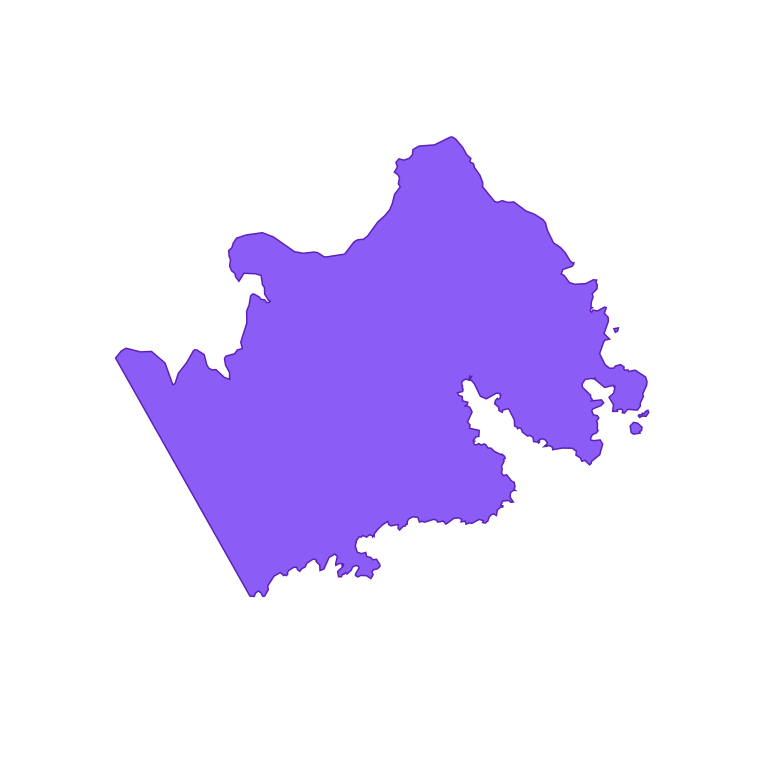 the district of Rorya, Mara, United Republic of Tanzania, rotated 208°
{"feature_id": "72390352B17164070988815", "entity_name": "Rorya", "entity_type": "district", "adm_level": 2, "iso_a3": "TZA", "parent_name": "United Republic of Tanzania", "parent_adm1": "Mara", "projection": "robinson", "projection_center": [33.963, -1.299], "detail": "fine", "context": "isolated", "style": "filled", "palette": "violet", "viewbox_px": 768, "rotation_deg": 208, "n_neighbors": 0, "source": "geoboundaries", "source_scale": "gbopen_adm2", "svg_char_len": 6162}
<svg xmlns="http://www.w3.org/2000/svg" viewBox="0 0 768 768"><g transform="rotate(208 384 384)"><path d="M462.2,565.7L463.7,556.5L461.3,546.8L460.8,540.5L462.1,533.7L465.6,523.8L468.0,506.6L470.1,502.1L475.0,498.9L477.2,495.4L479.7,480.2L494.7,469.0L496.9,468.2L504.3,468.8L507.7,467.7L516.6,461.5L525.2,458.8L550.4,461.9L562.4,460.5L575.6,450.9L582.6,443.7L583.3,437.9L582.3,433.0L583.8,428.9L580.4,423.7L578.0,421.9L575.5,415.4L571.7,412.4L567.4,411.6L565.7,409.2L560.3,406.6L559.7,416.0L549.0,421.1L543.4,422.1L537.9,414.6L534.9,413.1L531.5,407.3L525.4,403.7L523.2,403.8L523.7,402.1L526.0,400.9L528.5,402.3L532.7,401.0L534.8,402.2L540.6,402.4L542.2,401.9L543.1,399.0L540.2,390.5L539.5,383.9L533.8,373.6L530.1,353.6L525.6,348.8L529.4,345.4L530.1,340.6L536.6,334.4L536.8,331.6L532.7,326.2L525.8,321.6L522.5,315.7L527.9,314.8L539.2,317.8L542.5,315.7L546.2,315.7L549.7,317.9L556.5,325.5L565.0,326.2L567.3,325.3L567.9,323.7L568.2,310.5L570.6,296.9L568.7,286.2L570.1,284.2L587.2,299.7L604.6,303.6L614.1,298.0L628.5,294.5L631.5,289.7L633.2,280.9L402.8,133.8L398.8,135.6L399.3,138.9L397.8,142.2L394.8,141.9L391.3,139.6L389.8,140.8L389.6,148.2L391.9,151.1L390.9,162.7L387.1,168.8L382.6,167.8L382.3,168.8L380.3,168.9L379.7,170.6L380.7,172.3L380.6,174.5L377.7,179.7L375.0,181.2L373.3,179.5L370.4,179.1L369.8,182.6L367.7,185.3L368.1,189.3L365.1,194.9L363.4,196.8L360.7,196.5L360.6,195.4L355.7,193.9L352.9,189.2L350.2,192.4L351.1,205.1L347.6,210.7L344.2,209.9L342.3,202.4L341.3,201.2L339.6,204.2L336.8,205.8L335.2,203.1L334.7,204.1L336.1,205.8L335.1,205.9L334.5,203.7L336.9,196.6L333.5,192.5L331.1,193.9L331.3,196.5L330.1,197.1L329.4,199.4L327.5,198.8L325.6,203.9L325.7,207.9L323.7,210.5L321.5,211.1L319.6,210.0L320.0,203.0L319.2,201.5L316.3,201.5L314.8,204.0L309.5,206.5L304.2,206.1L304.1,210.5L306.1,212.1L306.3,214.9L302.9,217.8L302.0,221.2L303.1,222.7L308.4,225.7L311.5,223.5L314.3,224.6L318.4,223.5L321.0,226.7L324.5,223.5L328.8,223.0L333.3,227.5L334.8,233.3L334.2,237.4L332.2,238.2L331.6,240.3L327.4,240.6L326.0,244.2L322.6,244.6L322.3,243.9L322.0,245.0L321.1,244.8L322.2,247.3L321.3,252.6L319.1,259.3L316.1,264.3L313.6,262.1L311.4,262.0L305.5,266.6L303.7,263.1L301.7,262.4L300.4,267.0L298.5,268.6L298.5,270.6L297.7,271.2L298.9,273.4L298.9,276.4L296.3,280.2L291.5,282.2L287.9,278.7L285.9,280.7L283.4,281.0L276.5,287.9L273.6,288.4L272.0,287.2L267.1,290.8L263.5,289.3L259.4,297.9L255.3,300.9L252.0,300.9L251.2,298.4L248.1,301.0L245.8,298.7L243.6,301.3L240.8,302.4L236.5,309.0L232.1,310.1L232.0,307.9L229.2,308.8L228.0,312.0L228.7,315.5L228.0,318.8L226.2,320.8L223.0,320.7L224.8,325.8L223.4,329.6L221.4,331.2L221.7,332.2L224.0,331.8L224.2,336.4L219.0,339.8L216.5,339.1L214.4,340.5L218.9,342.9L220.4,344.9L221.2,347.9L219.6,351.1L218.1,351.7L219.6,352.1L220.2,355.0L222.8,358.2L225.9,358.3L233.2,361.4L235.6,359.1L238.5,360.7L239.7,364.4L241.5,366.3L241.8,372.5L243.1,373.5L242.1,375.2L243.6,376.7L246.9,377.5L247.2,376.6L254.7,376.3L259.4,377.6L262.3,376.3L265.8,378.3L267.6,378.1L269.6,375.6L272.3,376.0L274.1,373.2L276.3,373.2L277.4,374.4L277.1,376.0L278.2,375.5L278.7,376.3L277.8,380.7L275.6,382.3L278.2,387.7L287.7,385.1L288.8,388.2L292.4,389.6L293.1,400.7L297.3,403.7L300.7,403.7L301.3,402.9L302.7,402.1L300.7,404.2L301.4,407.2L306.6,406.0L309.1,409.7L312.6,409.0L315.0,410.8L311.0,414.3L311.9,416.8L313.4,417.3L313.4,418.9L315.4,420.3L316.3,423.0L314.4,426.6L310.9,427.4L312.1,432.1L311.0,430.4L310.2,431.4L310.3,427.4L308.9,428.2L304.4,426.7L293.1,418.4L286.7,418.9L280.5,428.6L277.4,430.0L275.6,428.1L276.1,429.9L275.2,427.9L275.1,425.5L276.0,424.0L277.2,424.5L277.9,421.9L277.0,418.5L271.9,417.4L270.0,414.6L266.4,414.5L266.8,416.8L262.5,420.8L252.1,413.5L248.9,408.2L246.2,408.3L245.1,407.2L244.0,408.8L242.4,409.1L239.0,406.5L232.8,405.4L231.1,407.1L227.2,406.8L224.9,403.4L221.5,404.7L221.0,406.1L219.9,404.5L219.4,405.6L220.6,407.9L218.2,410.1L215.6,410.4L212.2,408.9L211.9,407.5L213.3,403.9L210.8,405.6L210.8,406.6L207.6,407.3L205.5,407.1L204.2,405.2L196.4,411.2L187.8,415.6L182.6,415.0L181.1,411.3L176.0,411.0L173.1,408.7L170.6,410.9L164.6,409.1L163.8,411.1L164.4,413.3L160.3,422.8L162.7,433.6L166.9,436.1L171.9,432.6L174.7,431.6L176.1,432.9L176.2,437.1L173.4,440.8L173.1,443.4L174.6,444.5L177.2,449.8L178.9,450.7L178.4,454.9L180.8,456.2L184.6,455.1L188.0,457.9L187.8,460.2L182.4,466.6L181.2,470.5L184.5,472.1L192.5,466.7L192.1,467.6L195.3,469.2L196.3,471.1L207.3,474.3L209.0,477.0L208.7,481.3L208.3,482.7L203.9,486.0L200.9,487.1L200.5,489.0L200.2,487.2L187.5,484.6L180.8,490.6L179.8,489.4L178.8,490.3L176.9,483.8L179.1,477.9L171.7,473.5L169.3,467.2L165.0,469.4L166.1,470.7L162.6,473.4L160.3,472.3L160.1,470.5L158.0,471.2L157.1,475.9L148.0,480.0L147.3,484.9L148.8,487.5L149.1,494.9L150.9,496.6L151.5,506.1L153.0,509.8L156.5,513.0L168.7,514.1L173.8,510.0L175.2,511.0L177.8,509.2L179.5,510.0L180.0,511.7L184.2,512.2L188.1,508.6L188.6,505.8L192.3,503.8L198.0,504.9L207.9,512.1L209.8,524.4L209.3,526.7L205.9,529.5L213.4,531.8L215.3,544.6L217.4,548.1L222.6,549.8L223.6,555.8L225.3,555.5L229.9,548.7L234.2,547.4L234.3,544.8L236.1,545.4L236.7,547.3L235.8,549.3L237.4,549.2L239.4,553.6L240.3,559.1L242.6,561.5L240.6,568.0L242.4,571.9L244.6,573.2L245.0,575.6L248.1,574.3L253.0,567.3L262.5,561.6L267.9,560.6L275.9,564.4L279.2,564.4L279.8,569.2L273.3,576.0L272.7,578.6L273.3,580.3L274.7,579.3L277.7,580.2L285.5,584.9L292.1,587.3L300.6,588.2L311.9,596.4L317.1,602.1L321.0,603.8L330.9,604.5L340.0,603.4L354.8,605.7L359.9,602.4L365.6,601.4L369.3,597.5L372.1,597.1L389.5,604.4L391.3,608.1L397.4,613.4L405.6,617.5L408.5,620.6L412.5,620.4L413.2,623.9L418.7,625.3L425.5,629.8L435.8,633.9L439.4,634.2L441.3,633.2L451.8,618.7L464.7,610.6L468.5,604.7L466.6,600.0L467.5,595.3L471.5,591.0L476.5,589.8L477.5,585.3L474.0,581.9L474.3,575.9L469.9,575.3L467.0,573.2L465.3,567.4L462.2,565.7ZM142.9,457.2L140.0,456.9L134.8,460.9L136.1,462.1L134.8,463.7L135.9,467.0L141.8,468.5L145.7,467.2L146.9,462.3L142.9,457.2ZM144.5,475.3L142.5,474.5L141.0,476.9L137.4,478.5L136.9,483.1L138.7,484.7L140.3,482.2L140.5,479.8L142.2,479.5L141.7,478.1L144.4,476.6L144.5,475.3ZM207.0,540.7L204.0,538.3L202.6,540.4L203.4,543.6L207.0,540.7Z" fill="#8b5cf6" stroke="#5b21b6" stroke-width="1.5"/></g></svg>